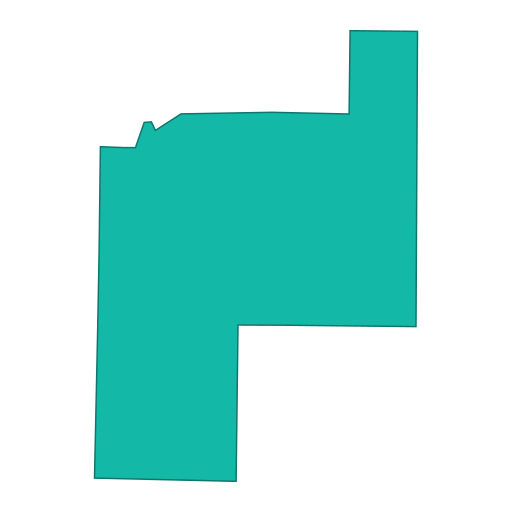 Phelps, Missouri, United States of America
{"feature_id": "52423323B59210924893707", "entity_name": "Phelps", "entity_type": "district", "adm_level": 2, "iso_a3": "USA", "parent_name": "United States of America", "parent_adm1": "Missouri", "projection": "albers", "projection_center": [-91.813, 37.876], "detail": "fine", "context": "isolated", "style": "filled", "palette": "teal", "viewbox_px": 512, "rotation_deg": 0, "n_neighbors": 0, "source": "geoboundaries", "source_scale": "gbopen_adm2", "svg_char_len": 365}
<svg xmlns="http://www.w3.org/2000/svg" viewBox="0 0 512 512"><path d="M411.5,31.3L350.1,30.7L349.1,114.0L271.8,112.3L181.0,113.9L155.4,130.4L151.4,121.9L144.2,122.4L135.5,147.6L123.7,147.6L100.4,146.7L99.1,252.2L97.8,322.9L94.5,478.1L236.1,481.3L238.0,325.0L284.3,325.2L416.0,326.6L417.5,31.4L411.5,31.3Z" fill="#14b8a6" stroke="#0f766e" stroke-width="1.5"/></svg>